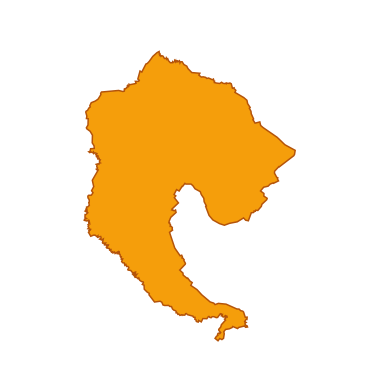 Wang Sai Phun, Phichit, Thailand, rotated 225°
{"feature_id": "78962969B2905707745355", "entity_name": "Wang Sai Phun", "entity_type": "district", "adm_level": 2, "iso_a3": "THA", "parent_name": "Thailand", "parent_adm1": "Phichit", "projection": "orthographic", "projection_center": [100.528, 16.38], "detail": "fine", "context": "isolated", "style": "filled", "palette": "amber", "viewbox_px": 384, "rotation_deg": 225, "n_neighbors": 0, "source": "geoboundaries", "source_scale": "gbopen_adm2", "svg_char_len": 5973}
<svg xmlns="http://www.w3.org/2000/svg" viewBox="0 0 384 384"><g transform="rotate(225 192 192)"><path d="M148.5,294.4L159.7,291.1L170.4,290.9L187.4,287.8L190.5,287.6L193.6,289.5L196.1,285.3L200.1,286.2L200.1,287.2L205.4,289.2L207.4,290.8L210.7,291.8L210.7,292.9L215.1,293.8L218.0,295.7L222.0,295.4L232.1,292.8L232.9,294.9L235.8,294.9L236.0,295.3L236.8,294.0L240.8,296.3L242.3,295.9L242.4,295.2L244.3,293.6L244.3,293.0L245.0,293.2L245.2,292.1L246.9,290.8L248.7,290.5L249.1,288.4L251.5,286.5L253.6,285.2L254.4,286.3L254.9,286.0L256.7,287.0L257.0,285.8L260.9,284.3L261.8,282.8L263.4,282.7L265.6,281.3L266.6,279.9L269.8,279.5L270.4,281.5L276.6,276.3L282.1,276.4L284.7,277.3L287.8,276.4L291.1,277.1L292.2,275.9L291.8,274.8L293.7,275.9L294.0,274.2L294.5,274.4L294.7,273.9L294.9,274.5L295.4,274.3L295.3,273.2L295.6,273.8L296.2,273.5L296.0,272.9L296.5,273.3L296.4,272.8L297.3,272.8L296.5,271.9L297.2,270.4L296.6,269.6L297.7,270.1L297.4,269.4L298.7,268.1L301.5,268.2L303.5,269.1L303.7,268.5L304.7,268.7L304.1,268.0L304.9,268.1L305.9,266.9L308.4,267.6L309.6,267.1L309.9,266.0L310.6,266.4L311.3,265.7L311.7,266.6L312.4,267.1L312.7,266.5L314.6,268.1L315.3,265.8L315.6,260.1L314.6,254.2L314.5,251.3L315.1,249.9L312.3,241.3L314.3,240.8L310.2,233.6L308.3,233.7L308.0,232.5L310.3,230.2L308.5,229.4L308.9,228.3L311.9,223.8L312.7,223.7L311.9,222.6L313.0,222.0L312.9,221.5L311.5,221.4L312.2,219.8L311.8,219.4L312.0,218.3L312.5,217.6L312.1,217.1L312.5,216.8L311.2,215.5L311.9,214.2L315.7,211.9L326.7,198.7L326.4,197.2L325.3,196.4L324.1,191.3L324.7,187.9L326.4,183.9L325.3,180.8L324.1,180.2L324.3,178.5L323.6,175.9L324.0,174.1L323.5,173.3L320.0,171.3L318.6,169.3L317.2,170.4L312.9,165.8L312.1,162.7L311.1,162.3L307.0,162.9L302.6,161.8L297.3,156.2L293.9,155.4L291.9,153.7L294.3,150.9L292.8,148.5L293.4,147.5L292.1,147.6L291.7,148.9L289.9,149.6L290.0,150.6L288.7,149.7L288.4,151.0L286.5,151.9L286.4,150.4L284.6,150.9L285.0,149.8L284.6,149.4L284.1,149.5L284.0,150.7L283.4,150.7L282.2,148.9L282.3,148.2L281.3,150.1L280.3,149.2L279.6,149.8L278.9,148.0L278.1,147.4L277.5,147.6L277.9,146.8L277.5,145.8L278.4,145.5L279.3,143.8L278.1,143.8L277.1,142.4L276.2,142.5L275.4,141.6L275.8,140.5L274.6,140.5L274.5,141.3L273.9,141.3L270.8,129.8L265.3,126.3L263.9,121.9L261.5,121.5L260.9,118.6L262.8,116.5L262.7,115.4L261.4,114.3L259.1,113.8L257.4,112.0L257.5,111.5L255.2,110.0L255.2,107.8L255.9,106.8L255.0,105.9L254.9,104.8L253.9,104.6L253.8,105.2L252.7,104.3L254.0,103.5L254.1,102.9L251.0,103.6L251.1,100.7L251.6,100.4L249.8,98.4L247.9,98.6L248.8,96.9L248.2,95.8L245.9,97.1L245.1,99.1L244.6,99.1L242.6,97.7L243.8,97.7L242.2,96.5L242.4,95.3L241.3,95.2L241.0,94.1L239.6,93.8L239.6,92.5L237.3,93.9L237.0,93.1L237.6,91.8L236.6,91.2L236.7,90.3L232.3,89.1L231.1,91.9L229.9,93.0L227.7,93.2L227.6,94.5L226.6,93.4L225.1,96.0L223.6,95.2L224.0,93.4L221.9,94.2L221.5,96.0L219.4,92.8L218.9,92.7L217.0,94.8L216.9,94.1L217.6,93.4L216.5,92.7L213.7,95.5L213.3,94.8L214.2,93.6L213.0,93.0L213.4,92.3L212.8,92.1L210.4,93.6L209.3,93.4L209.3,92.1L208.5,93.9L207.6,92.8L206.3,92.5L205.9,93.7L204.8,93.0L204.3,94.8L202.9,94.1L202.4,96.3L201.3,95.5L200.6,96.1L202.0,97.3L201.9,98.1L201.2,98.3L199.4,96.7L198.7,97.0L197.4,95.9L196.4,96.2L196.4,95.6L195.3,95.4L194.5,94.5L193.7,95.6L192.6,93.1L191.1,92.9L189.8,93.9L187.7,92.7L187.6,94.0L185.6,93.1L184.8,94.0L183.6,94.0L183.0,93.7L182.6,91.8L182.0,91.6L179.8,93.2L176.6,92.9L175.3,95.5L174.2,94.1L175.7,91.9L174.1,91.9L172.8,94.6L172.5,92.4L173.2,91.8L171.9,91.4L171.0,92.4L168.8,92.5L168.9,93.6L166.6,92.6L164.3,93.0L163.0,93.9L162.2,93.5L161.8,91.5L160.0,92.2L157.0,89.5L153.1,89.5L150.5,90.1L149.7,88.9L140.7,87.7L137.3,92.2L135.4,92.7L132.6,91.6L131.0,92.5L128.3,95.3L126.7,95.4L125.5,96.5L123.1,95.5L121.3,95.6L119.7,96.4L118.5,96.3L117.9,95.3L116.8,96.0L115.5,95.5L115.0,96.3L113.3,96.2L112.6,97.8L111.8,97.8L111.7,98.6L110.5,99.2L110.0,100.2L110.5,101.4L110.1,102.0L108.4,102.1L103.5,104.9L102.5,104.5L101.2,105.5L99.9,104.0L98.6,104.4L97.6,103.6L96.6,103.8L95.6,104.5L96.5,105.9L93.6,106.7L94.8,110.2L91.9,112.9L92.3,115.6L91.8,116.1L90.8,115.9L89.6,116.6L89.6,118.1L88.3,119.4L86.0,120.3L85.2,121.4L85.9,126.0L85.0,126.6L84.0,125.5L83.7,126.7L82.6,125.4L81.5,125.7L80.8,126.4L81.1,128.2L79.4,128.9L78.7,128.4L79.8,127.2L78.9,126.3L79.1,125.1L77.7,125.1L77.4,119.0L76.2,116.8L76.0,113.8L75.1,113.1L72.3,112.9L72.2,111.5L73.0,111.5L73.6,110.5L73.3,109.4L72.3,108.9L72.7,107.3L72.2,104.8L68.4,105.2L68.8,108.0L66.5,108.8L66.2,110.8L68.9,114.5L70.7,115.7L71.1,118.5L68.9,121.6L67.8,124.5L68.1,125.7L63.2,127.7L63.2,129.3L60.2,134.2L58.4,134.3L57.3,135.8L58.3,136.3L60.3,135.7L61.9,136.8L61.5,138.0L63.2,137.7L63.7,140.5L63.1,140.8L64.5,142.5L65.8,141.1L70.7,143.6L71.9,143.6L73.7,142.5L75.9,142.5L77.6,141.0L88.6,136.8L94.6,131.9L96.1,128.7L98.1,128.8L101.4,127.1L112.3,126.2L119.5,126.5L126.8,125.1L127.8,128.1L130.3,127.6L134.2,128.1L134.3,127.5L139.5,127.0L141.1,128.3L145.5,128.1L145.7,136.1L146.2,136.9L149.3,137.8L149.6,138.5L151.6,138.8L152.5,138.3L153.0,139.4L154.6,140.0L155.3,138.5L164.6,140.2L179.4,147.6L178.8,151.3L179.7,151.6L180.7,152.9L182.3,153.1L183.1,152.3L184.3,153.8L185.3,153.8L186.0,154.4L186.6,153.9L187.6,155.4L189.1,159.1L188.8,166.3L190.9,167.6L191.3,166.1L193.5,165.1L193.4,165.9L194.1,165.9L193.9,174.7L200.5,175.5L200.7,177.8L202.9,177.5L204.6,182.8L201.8,183.6L203.0,189.1L202.6,189.3L203.1,193.1L202.0,193.2L198.3,196.9L195.9,197.1L192.1,196.4L186.4,198.1L183.7,196.8L179.2,195.9L176.5,193.7L172.0,192.3L172.2,191.5L163.4,187.5L157.5,187.0L150.2,189.1L145.6,191.4L143.3,196.4L138.9,202.9L137.2,210.1L134.1,210.0L131.8,211.5L135.4,219.3L134.1,220.8L134.0,221.7L134.6,222.4L133.6,223.2L134.1,224.1L132.4,225.5L132.8,230.9L133.9,232.7L133.7,239.4L134.4,240.7L138.3,239.9L140.1,241.8L144.3,241.2L144.7,246.1L142.3,249.9L142.3,253.0L141.0,255.8L140.5,255.8L138.7,261.0L140.9,261.7L141.3,262.7L142.5,262.3L147.1,263.7L148.3,265.2L148.5,271.3L148.1,271.3L145.7,289.6L146.1,291.1L148.5,294.4Z" fill="#f59e0b" stroke="#b45309" stroke-width="1.5"/></g></svg>